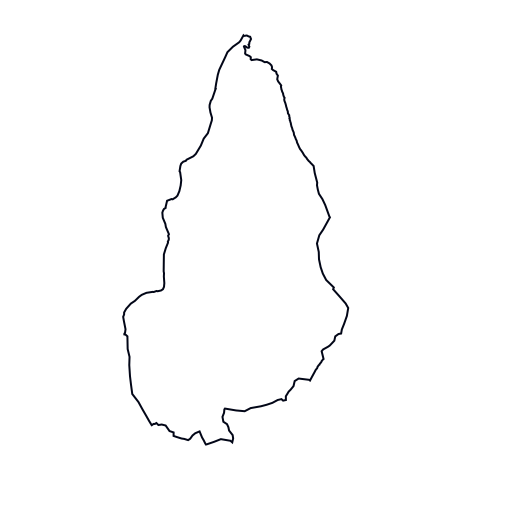 Mali, Mali, Guinea (Albers equal-area conic projection), rotated 294°
{"feature_id": "49546643B49159513129654", "entity_name": "Mali", "entity_type": "district", "adm_level": 2, "iso_a3": "GIN", "parent_name": "Guinea", "parent_adm1": "Mali", "projection": "albers", "projection_center": [-12.025, 12.05], "detail": "fine", "context": "isolated", "style": "outline", "palette": "ink", "viewbox_px": 512, "rotation_deg": 294, "n_neighbors": 0, "source": "geoboundaries", "source_scale": "gbopen_adm2", "svg_char_len": 4034}
<svg xmlns="http://www.w3.org/2000/svg" viewBox="0 0 512 512"><g transform="rotate(294 256 256)"><path d="M76.1,310.1L80.1,309.3L82.9,307.5L85.6,302.4L88.4,300.4L90.6,297.9L91.3,293.6L95.4,290.8L99.7,290.6L103.0,289.5L104.0,289.7L106.8,300.6L109.6,308.8L114.9,313.0L120.7,321.6L124.4,326.2L128.5,330.7L133.3,334.4L135.6,337.4L134.9,339.6L136.6,341.9L140.0,340.3L142.8,340.7L145.4,341.0L147.7,341.9L152.4,343.2L157.5,342.2L161.4,344.8L164.5,354.9L164.2,356.0L167.3,356.2L174.7,356.8L175.5,356.8L176.4,356.9L177.4,357.2L178.3,357.5L179.2,357.4L179.9,357.3L180.7,357.5L181.8,357.7L182.6,358.2L183.5,358.1L184.3,358.4L185.2,358.7L186.1,358.8L186.6,358.7L187.3,358.9L188.9,359.3L189.4,359.6L195.7,354.7L197.9,355.3L202.4,358.7L204.2,359.8L210.5,362.0L214.8,361.1L218.3,363.1L219.8,365.3L223.8,364.3L229.6,364.1L238.2,363.4L246.0,361.4L249.1,357.2L253.3,348.2L257.0,340.0L258.9,339.9L262.6,329.9L267.1,324.2L272.1,319.6L278.6,314.9L285.2,311.7L292.2,306.6L300.7,305.4L307.4,306.6L314.4,307.2L321.4,307.8L322.0,306.9L330.7,298.5L335.0,293.5L338.4,288.2L341.9,285.4L345.5,282.9L347.9,282.1L355.7,275.9L361.7,272.0L362.2,270.7L362.7,269.5L363.2,268.1L363.8,267.0L364.2,265.6L364.9,264.2L365.6,262.9L366.3,262.0L366.9,260.4L367.7,258.9L368.5,257.8L369.2,256.9L369.9,255.8L370.9,254.2L371.6,252.8L373.0,251.1L374.3,249.7L375.4,248.5L376.3,247.4L377.9,246.2L379.1,244.7L380.0,243.9L381.1,242.7L382.1,241.5L383.1,240.9L384.2,240.2L385.2,239.1L386.1,238.1L386.7,237.6L387.3,237.2L388.0,236.5L389.1,235.4L389.9,234.9L390.7,234.2L391.4,233.9L392.2,233.1L392.8,232.6L393.4,232.2L393.7,231.7L394.6,231.3L395.2,230.6L395.7,230.7L396.5,230.1L397.0,229.6L397.6,229.3L398.1,229.1L398.6,228.3L399.3,227.2L400.7,226.4L401.1,226.2L402.2,225.0L403.1,224.3L403.6,223.9L404.8,222.8L405.7,222.2L407.0,221.1L407.5,220.7L407.9,220.3L409.3,218.9L410.3,218.2L411.2,217.9L412.1,217.8L412.9,216.6L413.6,216.0L414.5,215.2L415.4,214.7L416.1,213.9L416.6,213.3L417.3,212.6L417.9,212.2L418.2,211.8L418.6,211.4L419.6,210.8L420.1,210.4L421.0,209.8L422.0,209.7L422.4,209.1L424.5,205.2L426.1,203.5L429.7,202.6L430.9,200.6L432.5,199.5L432.8,195.9L433.3,194.4L435.1,193.8L436.4,192.6L437.4,190.1L437.7,187.1L436.6,185.1L436.7,183.9L436.9,181.6L436.0,176.8L433.2,172.3L433.6,171.1L435.5,170.4L436.0,168.8L436.0,166.7L436.0,164.5L436.7,163.6L438.1,163.2L439.8,162.6L442.4,159.8L443.0,159.9L443.3,161.0L442.8,163.3L443.3,164.7L444.5,164.8L446.1,163.2L446.9,163.6L448.7,163.0L449.9,163.1L452.2,163.2L453.9,161.5L453.6,160.0L453.7,157.9L452.1,155.4L452.4,154.8L446.6,154.3L444.4,153.7L437.8,149.8L430.6,147.0L425.6,147.0L411.1,146.7L406.0,147.4L397.5,149.4L392.3,150.8L392.3,151.2L391.4,151.2L381.9,152.1L379.4,151.6L375.1,152.2L372.9,153.1L368.6,156.0L364.4,159.6L361.9,160.5L359.1,160.8L348.6,162.1L342.0,160.5L334.4,160.7L324.7,159.5L324.5,159.4L321.6,158.2L315.7,153.4L314.4,153.2L312.6,151.2L310.0,150.1L307.5,150.3L302.3,151.7L301.7,152.6L295.0,156.8L294.5,157.0L289.8,158.5L284.1,159.6L279.2,159.7L277.0,158.9L273.9,156.8L273.7,155.7L270.3,152.3L264.0,153.5L263.2,153.9L261.5,152.8L259.7,152.6L257.5,152.8L253.0,155.3L248.5,160.1L245.8,161.9L240.5,167.6L238.7,167.5L236.9,169.1L236.1,169.4L235.3,169.7L233.3,169.6L232.4,170.2L226.5,170.4L220.0,171.2L204.4,177.9L202.8,179.0L200.7,179.8L199.7,180.2L193.9,183.3L190.4,184.5L187.8,184.5L185.9,183.3L183.8,180.5L183.6,179.4L181.5,177.2L181.2,176.2L177.8,170.9L175.0,168.3L174.0,167.4L171.2,165.8L165.7,163.6L161.6,161.0L155.0,158.9L150.8,158.5L148.9,159.3L146.4,159.4L143.1,161.6L136.0,166.6L132.9,167.5L131.1,167.4L130.8,167.7L131.3,168.3L130.3,171.2L118.8,176.6L112.4,181.5L104.8,184.6L94.9,189.8L87.7,194.1L79.6,199.1L74.8,208.0L69.7,214.7L65.2,220.9L62.0,225.2L59.1,229.4L59.0,229.6L60.9,230.7L61.4,231.9L62.9,232.9L61.9,235.6L63.7,238.4L64.4,242.4L60.9,248.2L61.3,252.5L58.1,253.9L58.4,257.2L59.0,262.3L59.7,264.8L60.2,268.9L62.3,270.2L66.2,271.0L69.4,272.6L72.8,275.8L68.3,280.5L66.2,283.4L64.5,285.4L63.4,286.9L63.8,287.5L69.2,293.3L74.4,298.4L76.8,307.8L76.1,310.1Z" fill="none" stroke="#020617" stroke-width="2"/></g></svg>